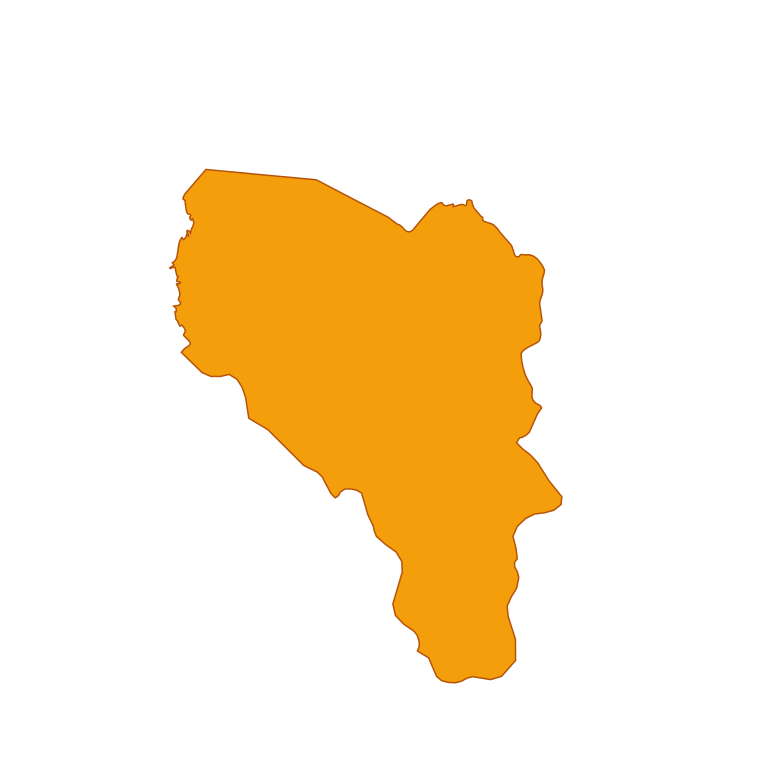 map outline of Borno (Robinson projection), rotated 308°
{"feature_id": "NGA-2839", "entity_name": "Borno", "entity_type": "State", "adm_level": 1, "iso_a3": "NGA", "parent_name": "Nigeria", "parent_adm1": "", "projection": "robinson", "projection_center": [13.296, 11.875], "detail": "fine", "context": "isolated", "style": "filled", "palette": "amber", "viewbox_px": 768, "rotation_deg": 308, "n_neighbors": 0, "source": "natural_earth", "source_scale": "10m", "svg_char_len": 3603}
<svg xmlns="http://www.w3.org/2000/svg" viewBox="0 0 768 768"><g transform="rotate(308 384 384)"><path d="M443.4,111.6L473.3,158.3L503.2,204.9L510.5,244.5L517.9,284.2L518.1,295.7L518.3,296.4L519.0,298.8L518.9,301.7L518.2,306.3L518.3,308.0L519.4,310.3L521.2,311.4L523.2,311.9L550.0,312.8L558.4,315.1L562.0,317.2L562.4,318.8L561.7,320.9L562.0,322.3L562.9,323.4L566.8,326.6L568.2,327.3L568.2,328.4L567.7,328.6L566.4,329.4L569.0,331.5L571.6,333.1L573.7,335.0L574.6,338.1L575.3,338.8L577.0,338.1L578.8,337.0L579.9,336.6L581.5,337.5L582.1,338.9L582.3,340.5L579.8,343.4L579.5,344.3L578.8,345.2L578.0,346.9L575.8,357.6L576.1,359.2L573.8,360.9L574.0,363.7L576.5,370.2L576.7,371.8L576.8,372.9L576.3,377.8L574.8,382.5L572.0,397.7L571.1,400.2L566.3,407.3L565.7,408.6L565.9,409.9L567.0,411.7L567.6,412.0L569.8,411.9L570.8,412.6L571.3,413.5L571.8,414.6L572.5,415.6L574.6,418.0L576.1,420.6L576.8,423.5L576.9,427.3L576.4,430.4L575.4,434.1L574.0,437.7L572.5,440.4L570.2,441.8L563.5,444.5L560.7,446.4L556.0,451.2L553.2,453.0L545.5,455.8L543.0,457.3L531.4,469.4L530.4,469.9L526.8,470.3L525.2,471.1L521.6,475.3L519.3,477.2L516.5,478.8L513.6,479.7L510.9,479.2L501.7,474.9L496.6,473.2L492.6,473.2L487.5,477.7L482.6,483.4L478.3,489.5L475.2,495.8L472.9,501.7L471.4,504.0L466.4,507.3L464.3,509.3L462.8,511.8L462.3,514.9L463.1,520.6L462.2,522.9L454.6,523.4L435.6,528.2L431.2,527.5L427.0,525.7L425.6,524.4L423.8,524.0L419.3,524.7L418.2,533.2L418.2,543.4L416.5,553.7L409.3,573.7L404.6,593.6L398.0,597.7L389.1,595.5L381.5,589.9L374.2,582.7L365.3,578.4L354.0,576.7L343.3,579.4L336.2,588.7L328.5,596.5L323.6,596.8L320.4,599.6L318.0,604.9L314.4,609.4L304.9,614.2L294.4,615.4L284.8,617.8L277.3,624.9L263.8,644.7L247.1,657.9L226.0,656.6L216.7,650.0L207.9,634.0L203.1,630.4L197.4,628.0L192.5,624.1L188.4,618.4L185.7,611.9L186.0,605.4L195.7,587.7L194.1,574.8L199.2,573.2L203.2,569.6L206.3,565.1L207.7,559.9L206.9,547.5L208.7,535.5L216.1,526.4L247.0,514.2L255.1,507.3L259.1,497.1L258.5,484.6L259.2,472.0L261.9,467.2L265.5,462.9L270.9,452.0L284.2,433.6L283.6,428.2L281.2,422.9L277.4,418.0L272.1,416.1L267.7,416.8L264.2,415.6L265.0,409.7L272.8,392.3L273.5,385.7L270.4,370.9L276.5,320.8L273.8,298.5L288.2,283.2L294.0,274.3L297.3,265.2L296.2,256.1L289.1,250.3L283.4,243.0L281.0,233.6L284.1,205.1L284.2,204.8L287.8,204.9L290.8,205.5L293.2,206.5L295.4,206.9L297.2,206.0L297.8,204.2L298.9,196.3L299.5,195.7L302.5,195.1L303.5,194.8L304.5,193.4L305.2,191.9L306.0,188.6L304.0,187.7L304.8,185.5L306.5,182.8L306.9,180.3L311.7,175.3L312.4,174.8L312.8,175.7L313.7,175.3L314.6,174.6L315.5,173.6L315.8,172.7L315.9,170.3L317.3,171.5L318.4,172.8L319.7,173.8L321.7,174.2L322.9,173.5L323.8,170.0L325.3,169.3L328.2,168.5L330.4,166.6L333.7,162.0L334.6,159.6L334.8,159.5L335.2,158.9L335.9,159.6L336.7,160.6L337.0,161.1L338.8,161.0L338.7,160.4L337.9,159.3L337.4,157.5L337.8,157.0L339.5,156.3L340.1,155.9L340.4,155.8L341.5,156.0L341.9,155.9L342.0,155.5L341.8,154.3L341.9,153.9L345.6,149.4L347.3,147.8L346.5,146.6L345.6,145.7L344.7,145.1L343.6,144.8L343.6,143.7L345.7,144.3L347.3,145.2L348.5,145.1L349.1,142.6L352.7,143.5L356.3,142.8L368.0,136.2L371.4,134.8L375.0,134.5L375.0,135.4L374.3,136.9L375.7,137.5L378.2,137.3L380.3,136.5L380.4,137.1L380.3,138.7L381.3,137.6L382.3,135.1L383.0,134.5L384.3,134.8L384.5,136.0L384.3,137.5L383.8,138.7L387.3,136.9L390.8,136.2L394.0,134.9L396.4,131.5L394.5,131.2L394.2,130.5L395.5,128.4L396.0,128.2L396.9,128.2L397.8,128.0L398.1,126.8L397.9,126.0L397.3,124.9L397.3,124.3L398.0,122.8L398.9,121.5L404.1,116.0L406.1,114.5L406.0,111.9L407.2,110.9L411.0,110.1L443.4,111.6Z" fill="#f59e0b" stroke="#b45309" stroke-width="1.5"/></g></svg>